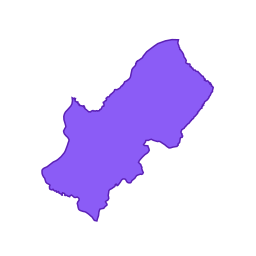 outline of District #2, Grand Bassa, Liberia, rotated 14°
{"feature_id": "62588387B28377115536759", "entity_name": "District #2", "entity_type": "district", "adm_level": 2, "iso_a3": "LBR", "parent_name": "Liberia", "parent_adm1": "Grand Bassa", "projection": "orthographic", "projection_center": [-9.849, 6.418], "detail": "fine", "context": "isolated", "style": "filled", "palette": "violet", "viewbox_px": 256, "rotation_deg": 14, "n_neighbors": 0, "source": "geoboundaries", "source_scale": "gbopen_adm2", "svg_char_len": 5721}
<svg xmlns="http://www.w3.org/2000/svg" viewBox="0 0 256 256"><g transform="rotate(14 128 128)"><path d="M67.1,206.3L67.7,206.4L68.7,206.5L69.5,206.3L70.0,205.6L70.4,205.8L70.8,206.3L71.4,206.5L72.3,206.9L72.8,206.6L73.2,206.4L73.6,206.5L73.9,207.2L74.2,207.5L74.5,207.5L75.2,207.2L75.5,206.7L75.9,206.5L76.2,206.7L76.6,207.4L76.8,207.8L77.4,207.9L78.1,208.0L78.9,208.2L79.9,209.1L80.5,209.0L80.0,207.6L80.2,206.7L80.6,206.7L81.4,206.9L82.1,206.9L82.7,207.4L82.9,208.5L83.2,208.7L83.7,208.6L84.4,208.2L85.2,208.2L85.8,208.6L86.7,208.7L87.2,208.7L88.0,208.8L88.2,207.8L88.7,207.3L89.4,206.7L89.5,206.7L89.6,206.8L90.5,207.2L91.7,207.8L92.6,208.3L94.0,208.1L95.3,207.3L96.2,207.5L97.2,208.0L97.8,208.8L97.9,210.2L97.2,211.7L97.0,213.5L98.0,215.2L98.7,216.9L99.7,218.6L100.7,219.3L101.9,219.6L104.6,219.8L106.9,219.7L108.4,220.2L110.3,220.9L111.9,221.7L113.4,222.5L114.7,223.1L116.2,224.5L117.7,225.8L120.3,225.7L120.3,223.7L120.6,220.3L120.1,216.5L120.2,214.6L120.3,213.6L121.9,212.7L123.9,211.8L124.5,210.3L125.4,209.0L126.3,207.7L125.8,206.7L124.0,205.1L124.4,204.2L125.9,202.8L126.4,201.1L125.8,199.5L125.1,198.3L124.9,195.8L124.6,193.5L125.2,192.1L126.8,190.8L128.3,189.0L129.2,188.1L129.5,187.0L129.4,186.0L130.0,185.4L130.5,185.3L131.2,186.5L131.7,186.4L132.3,185.6L133.7,182.2L134.1,180.7L134.6,179.6L135.3,178.8L136.2,178.4L137.2,178.3L138.1,178.5L138.9,179.4L140.1,180.6L141.5,181.1L143.4,180.7L144.0,180.2L144.3,179.2L144.5,178.0L145.4,177.0L146.8,175.1L147.3,173.5L147.9,172.1L149.4,170.9L151.2,169.8L152.4,169.7L153.3,169.0L153.6,167.5L152.6,166.3L151.1,164.0L151.0,162.7L150.0,161.7L149.2,160.3L147.9,159.7L146.5,158.8L146.9,156.9L147.8,155.0L149.0,152.7L150.8,149.8L152.8,147.6L153.6,146.1L154.0,144.4L153.1,142.7L152.3,141.8L151.6,140.5L149.9,140.7L148.2,141.0L147.1,140.4L148.3,137.4L148.3,135.8L149.7,135.3L150.8,135.1L151.9,134.1L153.4,133.3L155.5,133.8L157.7,133.9L159.9,134.0L161.1,133.5L162.4,133.4L164.5,134.2L167.7,135.3L170.3,136.6L172.6,137.4L174.0,137.0L176.3,135.6L179.3,134.3L179.9,134.1L180.5,133.0L180.8,132.6L180.7,132.3L180.7,132.0L180.4,131.6L180.7,130.8L181.3,130.1L181.6,129.1L181.4,128.4L181.4,127.7L181.2,125.3L181.4,124.6L182.7,124.0L182.7,123.8L182.8,123.6L182.7,123.3L183.0,122.6L182.5,122.4L182.1,121.8L182.0,121.0L181.7,121.0L181.5,120.4L180.8,120.0L180.3,118.9L180.5,117.8L180.6,116.6L182.6,114.6L182.7,113.9L183.2,112.9L183.6,112.6L183.9,111.5L184.0,111.3L184.6,110.5L184.9,109.8L185.5,109.1L185.9,108.8L186.6,107.3L187.0,106.0L187.7,105.4L187.7,104.8L187.9,104.3L188.3,103.7L188.6,103.7L189.3,102.4L189.5,101.0L190.2,100.4L192.0,96.9L191.7,95.8L192.5,95.2L192.6,94.4L193.9,91.6L194.9,90.8L194.4,89.8L195.1,89.1L194.7,87.9L195.8,87.5L195.3,86.5L195.9,85.7L196.0,84.1L198.2,81.4L199.2,78.9L199.1,78.0L199.9,76.3L200.3,73.6L201.2,72.3L200.9,71.5L200.9,68.1L200.2,67.6L200.1,67.3L199.3,67.0L198.9,67.0L198.7,66.5L198.4,65.8L197.7,65.9L197.1,65.7L196.6,65.2L196.7,64.9L197.2,64.5L196.8,64.3L195.7,64.4L195.3,63.9L194.9,63.4L193.8,63.0L193.2,63.2L192.8,63.6L191.8,63.3L190.6,63.1L190.5,62.6L191.1,62.1L190.9,61.8L189.7,61.3L188.4,59.7L187.4,59.7L185.6,58.6L184.1,57.6L182.7,56.9L182.3,56.3L181.7,56.4L180.9,56.4L180.1,56.4L179.5,55.9L179.1,55.5L178.7,55.6L177.8,55.9L177.1,55.5L176.7,55.1L176.6,54.4L176.2,54.3L175.5,54.3L174.8,53.8L174.6,53.4L174.3,53.1L174.1,53.2L173.8,53.4L173.5,53.4L173.4,53.2L173.0,52.5L172.9,51.5L172.5,51.0L171.9,51.0L171.4,51.2L170.6,51.4L170.3,51.1L169.3,51.1L168.4,50.7L168.1,50.1L168.2,49.5L168.2,48.9L168.2,48.4L167.0,47.0L165.1,45.4L164.5,44.1L164.0,43.2L162.6,41.6L161.5,40.6L160.6,40.1L160.1,39.4L159.3,39.3L158.8,37.9L157.9,37.0L157.3,35.7L156.0,34.0L155.7,33.3L155.6,30.9L155.6,30.2L149.3,31.6L143.2,34.4L136.5,38.9L133.6,42.2L127.7,49.5L125.3,54.8L125.1,56.2L122.2,59.6L121.0,60.5L121.1,61.1L120.7,61.4L120.3,61.5L120.1,62.9L120.3,63.1L119.9,63.7L120.2,64.6L119.9,65.9L118.3,68.6L118.0,69.5L117.7,70.1L118.0,77.8L117.9,78.6L117.4,79.7L116.9,80.6L116.3,81.4L116.1,81.5L115.4,82.4L115.4,82.6L115.2,82.7L114.4,83.3L113.7,83.8L113.4,84.5L113.5,84.8L113.4,85.1L113.3,85.6L112.9,86.9L112.3,87.7L112.3,88.4L111.6,88.7L111.1,89.6L110.9,90.3L110.4,91.3L108.4,93.2L108.0,93.5L106.2,93.8L105.8,94.1L105.6,96.0L104.3,98.0L104.0,98.5L103.3,99.2L103.3,99.7L102.8,100.1L102.6,100.3L102.3,101.8L101.9,102.4L100.8,102.7L100.5,103.2L100.2,103.4L100.0,104.2L99.6,104.5L99.7,104.9L100.3,105.2L100.3,105.6L100.2,106.6L99.5,106.9L99.2,107.3L99.0,108.0L98.6,108.5L98.1,108.7L97.8,109.0L97.9,109.6L98.6,110.0L99.0,111.0L99.2,111.9L99.2,112.7L98.9,112.9L98.3,112.9L97.8,113.3L97.7,114.1L97.6,115.3L97.3,115.9L97.1,116.4L96.2,116.9L96.3,117.5L96.0,118.1L95.2,118.5L94.7,118.5L94.4,118.9L93.3,118.8L92.8,119.0L92.4,119.5L91.6,119.6L91.2,119.5L90.7,119.8L90.2,119.7L89.8,119.5L88.3,120.5L87.9,121.3L87.4,121.6L86.4,121.6L85.9,121.8L85.0,121.3L84.7,121.1L81.6,119.6L80.5,118.6L80.9,118.3L79.8,117.1L79.1,117.4L79.0,117.8L78.2,117.7L76.6,117.7L75.8,117.9L75.7,117.8L75.0,117.5L75.2,117.0L74.9,116.7L73.8,116.5L73.3,115.9L73.3,115.1L72.9,114.8L72.4,115.0L72.3,115.3L70.2,114.6L69.9,113.7L69.9,112.4L69.3,112.7L69.4,112.1L69.0,111.9L68.3,112.3L67.6,112.5L66.5,112.2L67.5,114.9L67.8,118.2L67.2,120.6L64.9,125.0L63.5,127.5L63.0,129.3L62.9,130.6L62.9,132.2L63.8,135.3L64.4,136.4L65.9,138.9L66.8,140.5L67.4,141.9L66.7,144.2L66.4,145.7L66.2,146.5L66.7,147.6L67.6,149.0L69.6,150.5L71.8,151.7L72.8,152.7L73.6,153.6L73.8,155.1L73.6,156.2L73.4,159.6L72.7,165.5L72.2,167.4L70.1,171.9L67.7,175.4L66.3,177.0L63.7,179.1L60.8,182.8L58.9,185.2L56.3,187.2L55.2,188.6L54.8,189.7L55.2,191.5L55.7,193.0L56.5,194.3L57.9,195.9L59.3,196.9L60.0,198.1L61.3,200.3L62.8,201.3L64.7,201.7L65.9,202.1L66.2,202.8L65.9,203.7L66.5,205.6L67.1,206.3Z" fill="#8b5cf6" stroke="#5b21b6" stroke-width="1.5"/></g></svg>